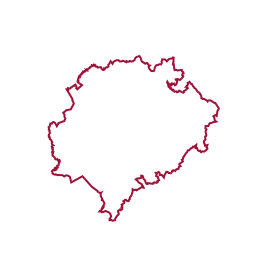 Metztitlán, Hidalgo, Mexico, rotated 59°
{"feature_id": "50627088B46481232668966", "entity_name": "Metztitlán", "entity_type": "district", "adm_level": 2, "iso_a3": "MEX", "parent_name": "Mexico", "parent_adm1": "Hidalgo", "projection": "mercator", "projection_center": [-98.823, 20.565], "detail": "fine", "context": "isolated", "style": "outline", "palette": "rose", "viewbox_px": 256, "rotation_deg": 59, "n_neighbors": 0, "source": "geoboundaries", "source_scale": "gbopen_adm2", "svg_char_len": 5802}
<svg xmlns="http://www.w3.org/2000/svg" viewBox="0 0 256 256"><g transform="rotate(59 128 128)"><path d="M125.8,215.4L126.8,215.4L127.7,216.0L128.6,215.9L129.8,215.2L130.6,214.3L130.6,213.7L131.9,212.9L134.6,208.5L136.7,207.6L136.6,206.0L137.1,204.9L138.2,203.8L140.1,203.0L145.4,204.7L145.9,191.9L159.7,189.3L166.4,186.5L166.9,186.8L168.6,185.9L169.4,185.3L169.6,184.4L169.9,185.1L172.3,186.4L175.0,186.6L176.3,187.5L176.7,186.8L180.6,187.0L182.8,190.7L183.0,189.5L183.3,189.7L184.9,193.6L184.5,194.4L184.9,195.4L185.8,194.0L186.7,193.9L187.4,191.7L187.5,190.0L191.0,187.6L192.1,187.4L195.0,187.9L196.3,190.0L197.0,190.5L196.8,190.9L197.5,191.3L198.4,189.5L199.4,189.2L200.2,187.0L200.2,186.4L199.0,185.5L197.6,182.4L197.2,180.4L196.4,179.9L194.6,179.7L194.0,179.2L193.7,176.6L194.7,176.5L194.6,174.8L193.0,173.7L192.5,174.2L191.8,173.1L190.7,173.1L190.7,172.8L191.6,172.3L190.4,172.3L190.3,169.9L189.4,169.1L188.4,169.5L188.5,168.9L188.0,167.6L188.5,166.8L189.9,166.4L190.9,165.5L190.9,165.0L189.8,163.8L189.9,163.2L188.4,162.1L187.7,159.9L184.7,156.6L182.9,155.6L184.5,154.6L184.9,153.0L185.8,152.8L185.8,146.7L187.2,145.4L185.5,145.1L184.4,145.5L183.4,145.1L180.3,146.8L177.9,147.1L176.1,147.8L176.0,147.4L176.1,145.6L177.1,144.3L177.5,142.3L175.7,141.2L176.5,140.1L179.9,140.8L181.8,140.3L183.6,140.9L185.5,140.9L186.1,139.9L185.5,139.2L188.5,135.7L188.7,134.8L188.0,134.4L188.2,133.4L189.8,131.7L189.6,130.7L189.2,130.6L189.3,130.1L189.0,130.0L189.2,129.8L188.6,129.0L188.7,128.2L186.5,128.1L185.5,127.5L183.6,128.6L182.6,127.4L180.8,127.3L181.6,126.2L181.4,124.4L183.1,124.1L184.6,125.0L185.8,123.2L188.9,122.7L187.5,121.5L185.3,117.6L186.4,116.5L187.5,116.4L188.8,114.7L188.5,113.5L187.6,112.2L188.0,111.7L187.5,111.1L188.4,109.9L189.2,109.6L188.3,107.8L189.0,105.7L187.6,104.6L187.7,102.6L186.1,103.0L185.2,102.4L185.0,98.2L183.1,98.2L183.2,97.4L182.8,97.1L182.7,96.6L181.4,95.7L181.4,94.8L180.7,94.1L180.7,93.5L179.6,91.7L179.2,89.9L178.0,88.3L178.5,87.2L178.2,85.2L177.8,84.9L178.1,82.8L177.4,82.0L178.1,81.0L177.6,78.2L178.9,79.1L179.4,80.3L179.9,80.5L180.7,79.2L182.8,79.6L183.9,79.3L184.4,78.7L184.5,77.9L185.5,77.9L185.7,77.6L186.1,78.0L186.4,77.9L186.3,76.3L187.5,74.8L187.1,71.7L186.7,70.6L186.0,70.4L185.1,70.7L183.5,68.7L182.8,71.1L181.2,70.5L179.6,70.5L178.2,69.4L177.8,67.6L175.1,66.3L175.1,65.3L174.4,64.4L172.0,63.8L170.8,63.2L169.5,61.4L168.4,61.9L166.3,60.5L167.7,58.2L166.0,55.5L166.8,53.4L167.0,50.8L167.8,50.0L168.0,49.0L166.5,49.7L163.2,48.7L161.9,48.7L161.9,46.6L163.4,45.8L159.3,42.4L158.5,40.5L157.8,40.0L151.5,40.3L151.0,41.0L146.9,43.0L145.9,44.6L145.7,45.7L146.1,46.1L144.9,46.3L142.1,47.9L141.5,49.2L140.3,49.4L140.1,49.7L138.8,48.9L136.9,48.6L136.2,48.9L135.7,48.5L134.3,48.7L133.2,49.6L129.5,49.8L127.5,50.6L126.9,50.4L126.3,50.7L123.0,50.6L122.4,51.4L120.1,51.5L120.3,52.8L120.0,53.5L121.6,54.2L122.3,55.5L122.0,55.7L122.2,56.2L122.3,55.7L122.6,56.0L123.1,55.4L122.8,56.7L123.4,56.9L124.1,56.2L124.6,56.2L125.3,60.1L125.1,60.8L126.0,61.4L126.2,62.5L122.3,64.9L122.5,65.7L122.9,66.0L122.6,67.5L122.0,67.3L121.5,67.7L120.8,69.5L118.7,69.4L118.7,70.6L116.1,70.5L116.1,71.5L114.5,71.5L113.7,72.0L110.1,71.0L109.0,71.0L108.5,70.4L113.6,70.3L113.7,69.3L112.2,69.2L112.3,67.4L113.6,67.4L113.6,65.6L115.6,65.7L115.5,64.3L114.8,63.2L112.7,61.3L112.0,61.1L111.7,62.1L110.9,62.0L111.5,60.3L113.6,58.7L112.4,54.1L111.9,53.9L110.5,54.4L109.6,53.1L109.8,52.3L108.8,51.8L107.3,52.5L105.9,52.0L104.1,56.1L102.9,56.8L102.4,57.5L102.5,58.1L102.0,58.2L97.4,56.2L97.5,56.6L96.6,56.8L94.3,54.7L91.2,52.6L90.7,53.1L91.2,54.4L90.4,55.9L90.0,57.8L90.9,60.3L88.3,61.0L86.8,63.4L88.4,65.0L89.6,65.4L90.5,66.9L89.4,68.5L89.6,69.7L89.0,70.5L88.8,71.8L90.0,73.9L92.4,76.1L92.2,77.2L91.0,78.7L88.3,79.2L86.0,78.7L85.7,77.1L84.9,77.9L82.3,78.0L81.8,78.9L82.0,79.7L81.5,80.3L79.8,80.8L79.8,81.2L78.7,81.7L77.5,81.9L74.9,81.1L72.3,81.1L71.5,83.9L71.7,85.5L73.3,87.7L73.1,90.5L71.4,91.9L71.7,93.0L70.9,94.2L70.0,94.8L70.7,95.5L67.8,97.6L67.7,98.7L66.8,100.7L65.3,101.1L64.1,102.6L63.7,105.3L64.0,106.7L65.0,108.2L61.8,108.5L63.4,111.2L63.7,112.4L65.2,113.0L65.4,114.4L64.8,115.5L65.2,117.1L64.6,117.8L65.7,118.2L65.8,119.0L65.0,119.8L63.5,120.2L62.1,119.8L61.2,121.1L60.6,122.8L59.6,122.7L58.9,123.9L58.1,124.2L57.5,123.7L56.9,123.8L56.8,125.0L56.2,124.9L56.5,125.8L55.8,126.4L56.6,126.6L56.1,127.8L56.6,128.8L56.3,129.5L57.0,130.2L56.6,131.2L57.0,132.1L56.6,132.8L57.7,133.2L56.7,134.0L57.3,134.0L57.2,135.3L56.8,135.9L57.4,136.3L56.5,137.5L57.4,138.0L57.0,138.9L57.8,139.4L57.6,140.0L58.0,140.4L57.8,141.0L58.3,141.6L58.2,142.4L58.8,142.3L58.8,143.4L59.7,143.4L59.4,144.5L60.4,145.6L61.4,145.9L61.3,146.5L62.2,147.3L62.7,146.7L63.4,147.3L67.6,145.3L68.7,151.5L67.1,151.9L66.4,151.0L63.8,150.7L63.6,151.8L64.1,152.7L63.8,153.1L64.1,156.1L63.9,156.4L64.3,157.2L63.6,158.9L63.2,158.7L62.8,159.0L63.1,159.7L64.2,159.8L63.5,160.7L74.6,160.7L75.8,161.6L76.6,161.4L79.2,161.9L82.5,167.4L81.4,170.9L80.9,171.7L81.4,173.2L81.5,175.6L84.3,175.7L85.3,176.6L87.7,176.9L89.2,179.0L88.0,185.0L89.8,188.1L86.3,187.9L84.7,188.6L84.4,189.1L84.5,190.4L85.0,190.9L84.2,192.3L84.8,192.6L85.1,193.3L86.4,194.2L86.4,195.6L88.4,196.2L88.7,196.8L89.9,196.5L90.5,197.2L92.0,197.4L93.1,199.4L93.8,200.0L94.7,199.7L95.0,200.4L96.1,200.1L97.0,200.7L98.0,200.2L101.2,200.2L101.5,201.0L102.6,201.5L104.5,200.9L104.3,202.2L104.7,203.0L105.5,203.2L106.1,202.8L106.6,203.4L106.9,203.0L107.8,203.4L108.9,204.8L109.8,204.4L109.9,205.5L111.0,205.2L111.5,206.3L112.6,206.5L112.9,206.9L115.5,206.0L117.2,206.4L118.2,205.4L118.3,204.7L120.2,204.7L119.7,203.8L120.2,203.2L120.7,203.2L121.8,203.8L122.8,205.7L123.9,206.3L124.2,207.2L123.9,208.1L125.0,208.5L124.8,209.8L125.8,209.0L126.0,210.2L126.7,210.7L126.8,211.6L125.7,211.8L126.4,212.3L126.3,213.0L125.3,213.3L125.8,215.4Z" fill="none" stroke="#9f1239" stroke-width="2"/></g></svg>